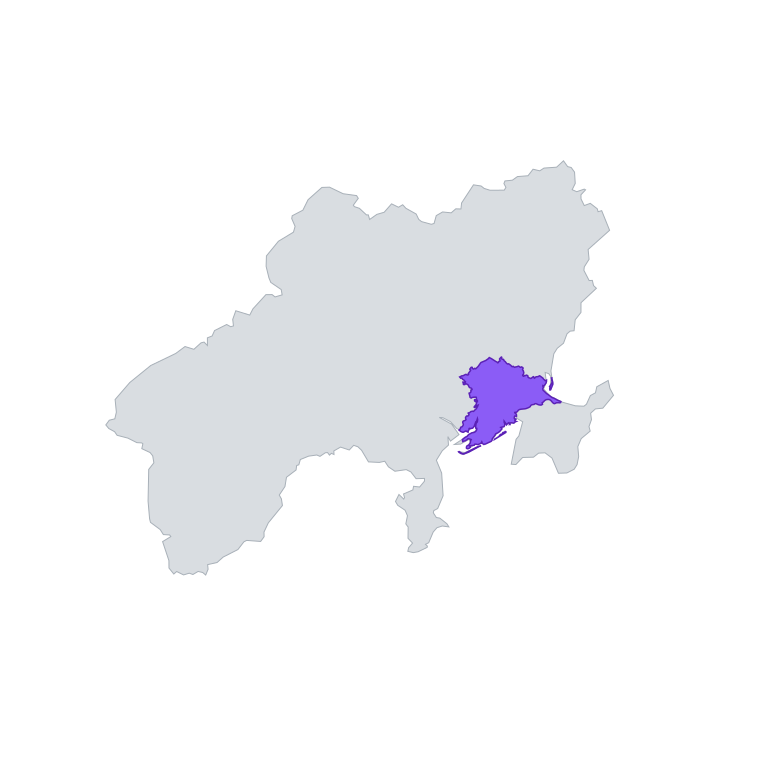 location of Kherson within Ukraine, rotated 319°
{"feature_id": "UKR-4827", "entity_name": "Kherson", "entity_type": "state/province", "adm_level": 1, "iso_a3": "UKR", "parent_name": "Ukraine", "parent_adm1": "", "projection": "mercator", "projection_center": [33.493, 46.65], "detail": "fine", "context": "in_parent", "style": "filled", "palette": "violet", "viewbox_px": 768, "rotation_deg": 319, "n_neighbors": 0, "source": "natural_earth", "source_scale": "10m", "svg_char_len": 9717}
<svg xmlns="http://www.w3.org/2000/svg" viewBox="0 0 768 768"><g transform="rotate(319 384 384)"><path d="M506.6,514.6L514.1,526.0L520.3,531.9L523.5,532.1L532.2,528.1L537.8,529.4L542.8,525.7L555.5,528.4L551.6,535.6L549.8,543.1L533.3,545.8L527.2,541.5L520.8,541.6L517.2,547.0L510.8,550.6L508.7,554.8L497.0,554.6L489.2,558.4L483.3,566.5L476.8,571.5L471.6,573.1L463.6,571.1L457.1,565.8L462.2,550.1L460.4,541.6L455.3,537.6L448.8,537.3L440.4,530.4L430.7,531.3L427.4,528.0L447.4,512.4L451.7,511.7L463.9,503.5L461.6,496.7L456.5,498.5L449.3,493.1L426.4,497.3L412.6,489.2L406.1,488.3L404.5,486.3L411.2,484.5L411.7,481.5L402.4,479.6L397.4,475.8L422.8,479.4L429.6,473.0L422.6,475.3L415.4,473.8L412.8,471.8L409.7,465.3L409.5,456.1L406.3,448.0L403.8,445.5L408.7,458.7L407.4,471.4L396.7,470.7L397.7,465.6L392.6,472.4L384.2,472.6L373.5,475.9L369.1,489.0L355.3,507.1L342.8,513.2L338.5,512.2L336.7,513.6L335.9,519.1L338.1,521.8L339.8,530.7L339.2,534.4L334.8,529.4L329.7,527.2L324.0,528.0L313.6,533.1L310.1,532.2L310.4,534.8L309.4,535.6L299.7,533.0L295.5,530.5L292.2,525.9L295.2,523.7L301.2,522.8L300.9,516.2L308.4,507.8L308.7,503.9L315.3,498.8L317.1,493.1L314.8,484.6L315.6,480.2L322.8,477.2L323.4,483.8L325.0,483.2L326.6,479.8L336.3,482.9L339.2,480.6L343.3,485.1L350.8,483.9L352.6,481.8L346.1,476.5L346.6,468.0L344.6,463.2L335.0,457.0L333.0,449.4L333.9,442.8L329.0,440.1L321.2,432.6L323.6,419.3L323.1,414.2L320.9,410.4L314.5,411.0L309.8,403.1L302.2,401.6L300.0,404.4L298.8,401.8L296.2,401.9L296.4,398.7L294.6,397.4L288.2,396.6L286.7,393.5L279.8,389.0L271.3,386.1L266.7,389.1L264.6,388.2L261.2,391.2L249.2,390.4L242.0,396.4L232.1,399.1L231.2,403.4L227.6,409.1L205.6,412.9L196.3,417.0L193.3,420.6L187.6,421.9L177.7,411.9L174.7,411.2L165.1,413.1L149.1,409.1L140.9,409.2L132.4,404.6L129.7,408.4L124.1,411.2L123.5,407.3L120.7,403.5L114.8,402.4L112.9,399.0L107.5,396.6L104.5,389.5L100.7,389.5L101.0,381.8L105.8,376.2L113.5,357.7L123.0,359.3L123.2,357.3L118.7,352.9L119.6,347.0L117.0,335.2L118.7,331.9L129.1,317.6L150.4,294.1L158.6,292.5L162.3,286.5L162.5,282.3L158.8,273.9L162.8,270.9L162.5,269.5L159.0,266.1L155.2,256.8L148.9,247.6L149.4,243.3L147.1,237.1L147.2,232.4L152.9,231.1L158.0,233.7L163.5,229.7L170.9,219.3L193.1,216.1L220.1,217.0L246.8,224.3L258.4,225.2L263.3,233.1L272.9,232.9L275.7,234.3L276.0,239.1L281.0,233.3L285.8,235.0L291.2,232.5L304.3,235.9L305.9,240.2L308.5,241.4L312.2,236.0L320.2,231.5L327.9,243.9L334.4,241.3L353.5,239.1L358.2,243.1L358.9,246.8L365.6,249.9L368.4,245.3L365.2,233.1L366.8,228.4L372.2,217.9L379.3,210.2L398.0,207.0L415.3,210.0L420.3,206.7L422.9,198.6L425.1,196.8L436.8,199.6L447.6,195.1L466.1,194.9L472.0,199.7L478.0,213.6L486.9,223.8L486.4,227.0L478.2,228.9L478.0,230.7L480.7,235.3L481.7,244.9L483.1,246.1L481.1,250.4L489.9,251.3L496.8,254.5L507.9,253.0L510.9,260.1L515.7,261.0L515.8,265.7L519.8,276.8L518.2,282.6L518.9,286.1L524.5,294.5L527.1,295.7L533.9,291.2L541.1,292.6L547.0,298.9L553.1,298.9L556.9,302.4L561.3,298.3L582.2,292.4L587.2,298.3L587.9,302.1L591.1,307.3L601.9,316.6L605.0,315.6L606.0,311.4L608.5,310.1L614.6,314.4L620.8,315.0L629.3,321.3L637.4,319.7L641.4,325.3L646.4,326.0L656.5,333.6L665.9,333.3L665.2,340.4L667.3,343.4L666.8,349.1L659.9,358.1L653.5,360.8L655.6,365.3L663.0,368.3L663.5,369.7L656.8,370.4L654.1,373.6L652.2,380.7L658.2,383.0L659.9,391.7L658.6,394.4L662.0,396.0L655.1,416.0L626.3,416.4L620.6,424.4L612.0,427.0L609.4,429.4L606.7,440.5L609.2,442.5L606.7,447.2L607.1,451.1L586.0,451.9L579.6,459.2L570.4,461.0L562.4,468.5L559.1,466.2L555.0,466.2L546.2,471.0L538.2,470.7L532.0,472.6L518.5,483.7L512.3,493.4L506.4,496.3L514.7,488.4L515.1,484.2L513.2,481.0L507.9,488.9L501.2,492.4L501.4,501.6L506.6,514.6ZM416.2,494.0L397.7,489.4L396.0,484.1L400.0,488.7L416.2,494.0Z" fill="#d9dde1" stroke="#a8b0b8" stroke-width="1"/><path d="M506.0,513.3L505.1,513.9L504.4,513.6L503.3,512.5L501.8,511.3L499.9,510.8L499.3,510.0L499.1,508.8L499.1,505.6L498.5,504.1L497.6,503.2L496.1,502.2L494.6,501.9L492.4,502.1L491.1,501.9L490.3,503.3L489.0,503.1L488.1,502.4L487.4,501.6L486.8,500.7L485.8,498.5L484.9,497.9L483.9,497.9L483.0,497.3L481.8,496.6L480.7,496.5L479.5,497.0L477.7,496.7L476.6,496.3L475.2,495.8L474.1,495.2L471.0,493.0L469.6,492.2L468.2,491.9L466.7,492.3L465.5,492.2L464.0,491.2L463.8,491.5L464.1,493.2L463.7,494.3L462.7,495.4L462.2,494.5L461.7,494.0L460.9,494.3L460.2,494.9L459.7,495.6L459.7,496.2L460.5,496.8L460.5,497.1L459.7,497.2L458.8,497.4L458.5,498.0L459.2,499.0L458.9,498.9L458.2,498.7L456.3,498.7L456.0,498.4L455.0,497.1L454.2,496.4L453.3,496.2L452.7,497.1L452.6,496.9L452.1,496.8L452.6,496.3L452.9,495.6L452.9,495.1L452.2,494.9L449.7,495.2L449.9,494.6L450.0,494.1L450.3,490.9L449.6,491.7L449.1,493.0L448.4,494.1L446.8,494.9L446.2,494.8L445.5,494.3L443.7,493.4L443.9,494.7L443.5,495.3L439.7,495.8L439.2,495.6L438.0,495.6L436.3,495.0L435.6,494.9L435.1,495.0L433.9,495.6L430.0,496.3L429.3,496.7L428.6,497.4L427.3,497.6L421.0,495.8L420.3,495.3L419.7,495.2L419.2,493.3L419.0,493.0L419.6,492.5L419.8,492.2L419.9,491.8L419.0,492.2L418.1,492.3L415.5,491.5L415.1,491.3L413.9,489.7L413.0,489.0L412.0,489.4L410.4,488.5L407.8,486.5L407.8,487.0L408.0,488.2L407.7,488.4L405.7,488.3L405.2,488.1L404.7,487.8L404.3,487.3L404.1,486.6L404.5,486.0L405.1,485.5L405.7,485.2L406.3,485.2L408.0,485.6L410.4,485.1L412.4,483.4L413.2,483.3L413.4,483.2L413.1,482.6L411.7,480.6L411.2,480.4L410.0,480.5L408.6,480.3L405.6,479.1L406.8,477.3L407.1,477.4L409.8,477.4L412.5,478.0L414.3,477.7L414.9,477.7L418.4,478.5L420.1,479.6L421.4,479.9L422.8,479.8L424.0,479.3L424.9,478.3L424.3,477.5L425.2,476.3L427.4,474.4L428.0,474.1L429.4,473.9L430.0,473.5L431.4,472.2L431.8,471.4L429.3,472.9L428.6,472.7L424.3,475.1L422.0,475.5L419.9,474.3L419.4,473.5L419.2,473.4L418.9,473.5L418.4,474.1L418.1,474.3L416.8,474.6L416.0,475.5L415.6,475.1L415.1,473.4L414.6,473.0L412.7,472.6L412.1,472.4L411.7,471.9L411.2,471.1L410.8,470.2L410.5,468.5L410.3,468.1L410.4,467.9L412.0,467.9L412.4,467.8L413.2,467.1L413.7,467.0L415.0,467.5L416.3,467.2L416.8,467.0L417.3,466.6L417.7,465.8L418.1,464.8L418.6,464.2L419.6,464.0L421.4,464.7L422.5,464.7L423.2,463.1L423.7,462.7L424.7,462.4L425.4,462.4L425.7,462.5L426.0,463.0L426.5,463.2L427.9,463.0L428.1,462.8L428.3,462.5L428.3,461.4L428.4,461.2L428.5,461.1L428.8,461.2L429.2,461.5L430.1,461.8L431.6,461.8L432.0,462.1L432.8,462.4L433.4,463.3L433.7,463.4L435.8,463.2L437.5,463.2L437.8,463.1L440.2,462.2L441.1,461.7L440.4,461.5L439.9,461.3L438.2,461.5L437.5,461.4L437.0,461.2L436.9,461.1L436.8,460.7L437.1,460.4L440.5,459.8L441.2,459.0L441.6,458.8L443.2,458.3L443.4,458.1L443.4,457.9L443.1,457.6L441.8,457.6L441.6,457.5L441.4,457.0L441.3,456.2L441.8,455.4L442.1,455.3L442.9,456.1L443.7,456.7L443.8,456.1L444.5,455.3L444.9,454.6L444.8,454.3L443.3,453.0L441.5,451.9L440.7,451.9L440.5,451.7L440.2,450.5L440.4,450.2L440.9,449.4L442.2,446.7L442.4,446.7L442.9,447.1L444.1,447.1L444.5,446.9L445.6,445.6L446.3,445.9L446.7,446.0L446.9,445.9L447.2,444.9L447.2,444.6L446.5,443.4L446.2,442.7L446.3,442.0L446.8,440.2L446.8,439.6L446.7,439.1L446.0,437.5L445.7,437.4L444.6,437.4L444.3,437.2L443.9,436.9L443.7,436.4L443.9,436.0L444.4,435.3L444.7,434.4L444.8,434.3L445.0,434.5L445.5,436.0L445.9,436.2L446.5,436.1L446.8,436.0L447.0,435.7L447.0,435.4L446.7,434.7L446.9,433.2L446.4,432.0L446.7,431.0L446.6,430.7L445.7,429.9L445.7,429.2L445.7,428.3L448.1,428.9L449.0,429.6L451.8,430.3L452.2,430.5L452.6,431.6L453.1,432.1L453.6,432.3L454.1,432.2L454.2,431.7L454.4,431.4L458.2,430.6L458.5,430.2L458.4,429.4L458.5,429.1L460.6,428.6L461.0,428.7L461.5,429.3L461.0,430.4L461.3,431.4L461.6,431.6L462.6,431.6L462.9,431.9L463.2,432.7L463.5,432.7L466.6,432.5L470.6,431.5L471.3,431.4L476.2,433.0L479.4,433.3L480.8,433.1L481.7,435.3L483.2,440.5L483.6,441.3L483.7,441.7L483.7,442.4L483.8,442.7L484.4,442.8L485.1,442.4L485.6,442.3L486.3,442.7L486.7,442.7L486.9,442.5L487.3,441.7L487.5,441.1L487.6,440.9L487.9,440.8L490.0,440.6L490.4,440.8L490.3,441.2L489.7,441.5L489.4,442.6L489.5,443.0L490.2,443.6L490.3,443.9L490.2,444.5L489.9,445.0L490.2,446.8L490.1,447.9L490.1,448.8L490.3,449.7L490.5,450.1L491.2,450.4L491.4,450.7L491.9,452.9L492.0,454.8L492.2,455.1L493.1,455.4L493.2,455.8L493.4,456.9L493.6,457.2L494.6,457.5L495.5,458.1L497.2,458.7L497.4,459.1L497.8,460.8L498.2,461.1L499.0,461.3L499.2,461.7L499.5,462.7L499.4,463.3L498.0,464.0L497.9,464.3L497.8,465.5L497.4,466.1L497.2,466.8L497.0,467.1L496.4,467.5L495.9,468.1L494.6,468.2L494.3,468.5L494.2,469.0L494.3,469.6L494.7,469.9L495.2,469.8L495.4,469.8L496.0,470.3L496.4,470.5L497.1,470.6L497.5,470.9L497.8,471.7L497.9,472.2L497.8,472.5L497.2,473.3L497.2,473.8L497.4,474.3L498.1,475.5L498.4,476.1L498.9,476.3L499.9,476.3L501.4,476.4L501.7,476.6L501.7,476.9L501.3,477.6L501.3,478.3L501.9,478.4L503.5,478.3L504.2,478.9L505.4,479.6L505.7,479.7L506.6,479.7L507.0,480.3L507.8,483.8L507.6,484.9L507.8,486.2L507.8,487.2L508.1,487.4L509.2,487.7L508.3,488.7L506.9,489.6L503.6,490.4L503.2,490.2L502.9,489.4L502.6,489.6L502.3,490.0L502.2,491.0L500.8,491.6L500.2,492.6L500.0,493.0L500.0,493.5L500.2,494.6L500.4,497.5L500.5,498.2L500.8,498.9L501.9,504.4L502.9,506.1L504.6,510.6L506.0,513.3ZM514.7,489.5L514.2,490.1L512.5,493.4L511.7,494.5L511.0,495.2L509.7,495.7L508.9,496.3L507.9,496.6L507.1,497.2L505.9,497.7L505.3,497.5L505.4,497.1L506.4,495.9L507.5,495.2L507.3,494.6L510.6,493.6L512.2,492.8L513.1,491.0L513.8,490.2L514.2,489.2L514.7,489.5ZM399.4,489.3L413.7,492.8L416.3,494.0L416.7,494.3L416.0,494.1L414.6,493.5L403.2,491.0L398.2,489.1L397.2,488.2L396.4,486.8L395.8,484.9L395.8,484.1L396.4,484.3L396.9,486.3L397.4,487.6L398.1,488.5L399.4,489.3ZM442.3,498.7L442.9,499.5L444.3,499.3L444.7,499.9L444.2,500.5L430.9,498.3L431.2,498.1L431.3,498.1L431.6,498.3L436.1,499.0L438.3,498.5L439.2,498.6L440.2,499.3L441.5,498.7L442.3,498.7Z" fill="#8b5cf6" stroke="#5b21b6" stroke-width="1.5"/></g></svg>